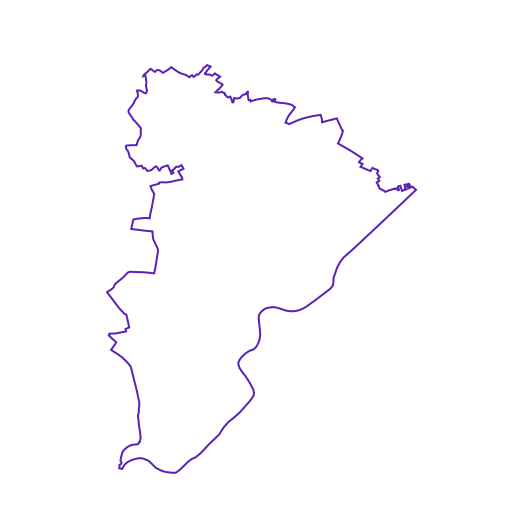 Sancraiu De Mures, Mures, Romania, rotated 351°
{"feature_id": "2599482B65716467004344", "entity_name": "Sancraiu De Mures", "entity_type": "district", "adm_level": 2, "iso_a3": "ROU", "parent_name": "Romania", "parent_adm1": "Mures", "projection": "robinson", "projection_center": [24.501, 46.544], "detail": "fine", "context": "isolated", "style": "outline", "palette": "violet", "viewbox_px": 512, "rotation_deg": 351, "n_neighbors": 0, "source": "geoboundaries", "source_scale": "gbopen_adm2", "svg_char_len": 6019}
<svg xmlns="http://www.w3.org/2000/svg" viewBox="0 0 512 512"><g transform="rotate(351 256 256)"><path d="M90.4,445.4L93.1,442.0L96.5,439.6L101.4,438.0L106.0,437.5L109.4,437.4L112.9,438.4L118.0,441.6L121.4,446.0L123.9,449.6L129.4,453.5L133.5,455.4L141.1,457.4L143.2,457.4L147.4,455.2L156.7,448.6L160.4,446.6L165.1,445.3L170.9,441.8L180.6,434.2L191.4,426.8L197.1,420.4L202.4,415.9L208.6,412.4L215.0,408.3L226.3,399.1L229.8,395.8L232.1,392.9L232.6,390.2L232.5,387.3L231.5,384.8L230.2,380.8L228.7,377.2L226.9,373.2L224.2,368.4L222.3,364.2L221.7,360.9L221.9,358.6L222.9,356.9L224.0,355.5L225.8,353.7L229.5,351.1L233.1,349.3L235.5,348.5L238.3,348.0L239.8,347.4L241.6,346.1L243.4,344.1L245.2,341.5L246.6,338.5L247.8,334.6L248.3,329.2L248.8,319.3L249.1,317.1L249.7,314.9L251.1,313.1L252.6,311.8L255.0,310.3L257.6,309.2L260.9,309.0L264.2,309.1L267.3,309.8L270.7,311.3L277.0,314.6L282.0,316.1L286.2,316.6L291.0,316.2L297.2,314.2L308.2,308.6L324.4,299.9L327.2,297.2L328.2,294.7L329.1,290.0L334.0,280.7L338.1,275.1L342.1,271.3L354.0,263.7L388.1,240.6L424.4,215.7L421.3,211.9L419.7,212.4L418.4,208.6L417.4,208.9L418.5,212.7L417.1,213.1L415.9,208.8L414.9,209.0L414.8,208.8L413.7,209.0L414.5,212.1L413.7,212.3L414.0,213.7L414.2,213.8L410.5,214.6L409.5,209.2L407.0,209.7L407.6,213.1L406.5,213.2L406.0,211.3L404.0,211.8L403.7,211.1L399.4,211.8L399.3,211.7L393.7,212.9L393.0,211.8L391.2,210.8L391.0,210.1L388.8,209.0L387.7,205.6L388.0,205.5L386.7,202.2L388.6,201.5L389.6,201.0L388.4,198.6L390.7,197.4L389.2,194.9L388.7,193.8L388.6,193.4L388.6,193.1L389.0,192.4L390.0,191.2L389.9,190.6L389.6,190.2L388.8,189.6L387.1,188.8L384.8,187.2L382.3,190.0L373.2,184.3L375.6,181.7L372.4,179.6L373.2,178.6L374.3,177.6L376.5,176.3L366.5,167.3L354.6,157.6L357.3,153.7L359.5,150.1L360.0,149.3L361.4,145.9L361.0,145.8L360.8,145.2L358.2,136.0L357.4,132.8L354.4,132.9L354.0,133.1L347.0,133.7L342.2,134.3L342.5,132.2L342.4,130.1L341.9,126.7L333.8,126.7L326.6,127.2L323.4,127.6L318.6,128.5L309.3,130.9L307.6,129.7L306.0,128.9L309.0,124.1L310.4,122.4L314.2,118.7L316.8,116.4L317.7,115.1L316.3,114.0L315.5,112.7L313.6,111.6L309.3,109.9L302.4,108.1L299.0,106.9L298.7,106.5L298.8,105.7L299.6,104.2L297.9,103.8L297.4,104.3L296.9,105.2L296.9,105.8L296.5,106.1L296.1,105.9L295.8,104.9L295.0,103.7L292.8,102.3L291.4,101.8L289.4,101.5L283.2,101.5L279.4,101.7L275.9,102.2L275.0,102.5L274.8,100.9L273.2,101.0L273.0,99.7L273.1,94.8L273.7,92.9L273.8,92.5L273.6,92.4L271.5,93.9L271.5,94.3L270.9,94.7L268.6,94.7L266.7,95.7L265.6,96.7L265.6,97.0L264.6,97.3L263.3,97.5L261.2,97.3L259.1,96.6L258.6,97.8L258.5,98.6L258.0,100.1L257.4,100.7L257.0,100.7L256.7,100.6L256.6,99.9L256.6,98.9L256.2,97.2L255.8,96.2L255.7,94.8L255.5,94.5L253.8,94.9L253.0,94.9L252.6,94.7L251.9,93.6L250.5,91.9L250.9,90.8L250.4,90.2L250.0,89.9L249.3,89.8L248.0,88.4L245.2,88.9L241.6,87.9L243.9,86.2L245.6,85.3L249.8,81.7L249.8,81.4L249.4,80.9L245.7,78.0L244.4,76.8L244.2,76.3L244.2,76.1L245.6,74.8L247.4,74.1L248.6,73.2L245.2,70.5L243.9,69.2L241.0,71.1L238.1,69.4L236.2,69.1L234.7,68.7L234.1,68.3L234.1,67.7L235.7,66.4L237.3,64.7L240.8,61.8L240.2,61.4L237.3,59.8L236.8,60.5L236.0,61.0L234.9,61.3L233.9,61.9L232.7,63.1L231.7,64.3L227.2,67.9L225.8,67.3L223.8,68.8L223.2,69.2L222.5,69.3L222.1,69.1L221.8,68.7L221.7,67.9L221.5,67.6L220.8,67.5L219.6,68.0L218.3,69.0L215.0,66.2L209.5,63.4L206.7,61.0L203.8,58.3L203.8,58.1L201.9,56.3L198.0,58.4L192.7,60.5L190.5,58.2L189.0,57.1L187.8,56.8L184.8,58.3L181.1,54.6L179.5,55.6L177.3,57.3L174.3,59.1L172.9,60.3L172.8,60.8L173.4,60.5L174.2,60.3L175.0,60.3L175.0,67.5L174.1,69.7L174.0,73.4L174.3,75.2L173.8,75.9L173.7,77.0L173.5,77.3L173.0,77.7L171.9,77.9L167.5,74.4L164.3,74.0L164.6,76.5L164.6,78.3L164.3,80.0L164.0,80.4L162.7,81.3L161.5,82.5L159.7,84.9L159.2,85.9L156.9,88.3L153.6,91.3L153.1,91.9L152.8,92.6L152.7,93.2L152.7,94.1L153.0,95.1L155.7,100.8L155.8,101.5L156.5,102.6L157.6,104.0L159.6,107.1L160.4,108.7L161.9,110.9L162.3,112.0L161.8,114.0L161.3,117.8L160.6,119.7L160.0,120.7L157.5,123.4L157.0,124.3L155.4,127.8L148.7,126.9L145.5,126.7L144.8,127.0L144.5,129.1L145.1,130.8L145.9,132.2L146.5,135.0L146.7,138.6L147.2,139.3L147.4,140.0L148.2,140.1L148.4,140.8L150.1,142.9L150.7,144.0L151.6,147.0L152.7,149.0L157.3,148.9L158.2,151.9L160.2,151.8L162.0,155.0L165.7,154.9L166.6,154.4L170.1,152.1L171.5,151.9L172.7,153.7L173.1,155.0L173.7,156.4L174.5,156.4L175.3,155.2L176.5,153.9L178.9,153.3L183.0,152.7L185.4,161.7L187.4,161.0L186.6,158.2L189.0,157.3L189.2,156.6L190.0,156.3L190.8,155.6L191.4,155.3L192.9,155.9L193.8,155.7L196.4,154.6L197.1,155.8L198.0,158.4L192.5,160.3L195.2,166.9L195.3,168.8L187.4,169.0L183.7,169.4L179.2,169.3L173.1,168.3L171.8,168.4L171.9,168.9L171.5,169.4L162.8,170.4L163.3,173.8L165.2,178.8L160.6,191.9L158.5,197.2L156.8,202.1L152.8,201.1L145.0,200.6L140.6,200.7L137.0,209.8L151.2,213.9L157.6,215.5L157.4,217.2L157.1,223.2L159.7,232.0L160.1,233.7L160.1,234.9L160.0,235.9L154.6,252.3L152.7,257.2L146.6,255.5L140.4,254.0L136.6,253.4L129.3,251.9L127.9,252.0L126.7,252.3L125.8,253.0L121.5,256.4L114.1,260.6L112.3,261.9L110.3,264.8L109.6,265.3L107.7,266.4L103.3,268.3L103.2,268.5L112.8,286.3L116.7,292.1L118.5,293.5L118.8,293.6L119.6,306.7L115.7,307.7L115.9,310.2L104.0,310.5L100.2,309.9L98.9,309.9L99.0,311.0L98.2,311.5L102.4,316.8L103.9,318.6L104.4,319.5L103.3,320.8L98.2,326.0L99.9,327.7L104.7,331.8L105.9,333.2L108.2,335.4L108.7,336.3L110.7,338.8L113.1,342.3L114.9,345.7L115.3,348.4L115.7,353.8L117.2,370.6L117.8,382.4L117.0,386.6L116.0,390.3L115.7,392.6L115.4,393.3L115.1,393.6L114.5,394.8L114.2,396.6L114.3,398.5L114.2,401.0L114.0,401.8L114.2,402.7L114.0,403.2L113.8,403.5L113.8,403.8L114.0,404.1L114.0,405.3L113.9,405.6L113.9,409.7L114.0,410.3L113.9,410.8L114.0,411.6L113.9,412.1L113.7,415.4L113.5,415.9L113.7,417.3L113.2,418.7L112.3,420.6L112.0,421.7L111.4,421.7L110.5,423.0L109.8,423.3L108.4,423.4L104.7,423.1L103.2,423.3L100.9,423.9L99.4,424.4L96.0,426.4L93.7,428.5L93.0,429.6L91.2,433.8L90.1,437.0L90.9,439.0L90.5,440.1L88.5,441.0L88.2,441.7L88.4,442.3L87.6,444.2L90.4,445.4Z" fill="none" stroke="#5b21b6" stroke-width="2"/></g></svg>